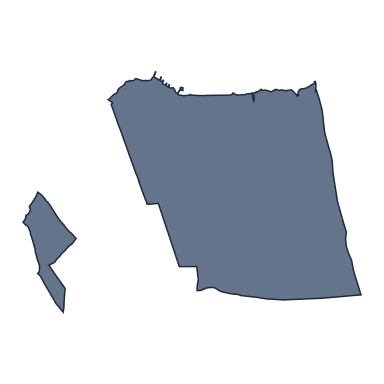 Aana Alofi III, Aiga-i-le-Tai, Samoa
{"feature_id": "51752279B31519013517302", "entity_name": "Aana Alofi III", "entity_type": "district", "adm_level": 2, "iso_a3": "WSM", "parent_name": "Samoa", "parent_adm1": "Aiga-i-le-Tai", "projection": "equal_earth", "projection_center": [-172.012, -13.853], "detail": "fine", "context": "isolated", "style": "filled", "palette": "slate", "viewbox_px": 384, "rotation_deg": 0, "n_neighbors": 0, "source": "geoboundaries", "source_scale": "gbopen_adm2", "svg_char_len": 3549}
<svg xmlns="http://www.w3.org/2000/svg" viewBox="0 0 384 384"><path d="M315.3,81.5L314.4,81.7L314.4,82.7L313.9,83.6L311.5,84.8L309.6,86.3L307.9,87.0L306.3,88.1L300.7,89.1L299.8,89.4L298.2,91.8L298.1,94.5L298.5,95.2L297.0,96.0L296.7,94.7L293.9,92.3L293.1,91.2L292.4,90.5L290.6,89.9L286.8,90.5L285.2,90.7L283.0,90.1L280.8,89.9L279.4,90.4L278.0,90.2L277.5,89.6L276.8,89.6L275.2,89.4L274.7,90.3L273.8,90.1L272.3,91.5L271.0,91.7L265.6,90.1L264.2,90.2L262.1,90.4L261.2,89.3L259.9,90.0L258.7,91.4L257.1,91.7L256.1,92.7L255.8,92.1L254.4,93.1L252.3,93.0L252.7,94.6L253.9,95.6L254.2,99.3L253.8,101.0L253.2,99.9L253.3,98.7L252.8,97.6L252.9,96.2L252.1,94.1L251.6,93.3L249.6,93.9L248.8,93.7L246.3,94.1L243.8,94.9L242.3,94.5L241.6,95.0L238.3,95.0L235.9,94.7L234.4,93.9L233.4,93.0L232.6,93.2L232.1,94.4L230.7,95.0L227.2,95.2L223.3,95.1L221.0,95.3L216.4,95.2L210.0,95.4L207.7,95.3L206.0,95.5L201.4,95.6L196.7,95.5L194.3,95.2L191.6,95.3L190.2,94.5L189.4,95.1L186.2,95.5L183.5,95.7L180.8,95.1L179.2,95.3L177.7,93.7L179.8,90.5L180.8,89.9L182.8,90.6L183.0,87.9L181.6,87.4L180.5,87.5L180.1,89.0L178.0,92.7L177.2,93.2L175.8,92.6L174.8,90.0L173.2,87.7L170.7,88.1L169.4,87.5L168.9,86.8L169.5,84.9L169.1,84.7L168.4,87.1L167.4,86.7L166.3,85.3L166.7,83.5L166.4,83.3L165.8,84.9L164.0,84.5L162.7,83.6L162.7,82.0L163.5,80.5L163.1,80.2L162.3,81.6L161.3,81.4L160.4,80.6L160.4,79.9L161.3,77.3L160.9,77.1L159.8,79.9L159.3,80.1L155.8,77.9L154.1,77.2L154.0,76.6L155.8,72.0L155.4,71.8L153.4,76.8L152.0,78.2L151.1,79.8L150.0,80.3L147.3,80.8L145.8,80.3L144.1,80.7L141.3,80.4L137.7,79.1L135.6,78.6L134.7,79.7L133.7,80.4L132.1,80.8L130.0,80.5L127.9,81.5L126.5,81.4L125.9,81.8L124.5,84.4L122.1,86.3L120.7,87.2L118.8,88.7L118.2,89.4L117.4,91.8L116.6,93.0L113.1,95.0L111.7,96.5L108.7,99.5L108.3,99.6L109.2,100.5L112.6,102.6L111.2,104.5L115.0,115.1L118.6,125.4L120.6,130.5L122.6,136.2L126.6,147.2L129.5,155.7L130.5,158.1L131.8,162.0L136.1,173.9L137.4,176.8L138.8,180.5L138.6,181.0L140.1,185.0L141.9,190.1L144.7,197.6L146.7,202.5L147.0,204.1L150.8,204.1L155.8,203.6L158.3,203.4L179.3,266.6L196.7,266.6L198.3,279.6L197.4,284.5L197.1,287.1L197.1,290.7L200.9,290.3L206.5,288.0L208.9,287.6L211.9,287.5L213.6,287.6L215.3,288.1L218.0,289.8L219.7,291.0L223.2,292.1L227.6,293.0L229.6,293.5L234.9,294.3L236.6,294.3L239.0,294.8L241.3,295.6L255.1,297.1L258.7,297.6L266.6,298.9L283.9,299.9L320.7,298.3L341.0,296.6L357.7,295.1L361.0,294.9L354.2,273.0L353.2,269.1L351.6,260.3L348.6,253.5L346.3,246.4L345.5,238.7L346.4,232.2L344.0,224.6L340.7,213.0L337.5,201.6L334.2,180.6L332.9,172.0L332.3,161.9L331.1,155.4L328.1,145.1L324.7,132.6L323.8,125.0L323.1,118.0L322.0,109.5L318.9,98.0L316.3,90.2L315.6,91.2L315.6,89.4L316.0,84.6L315.3,81.5ZM63.2,312.2L63.8,308.3L64.3,298.3L65.1,288.4L61.7,283.6L56.3,276.1L54.1,272.9L52.5,270.3L50.2,267.2L49.8,266.3L48.7,265.4L54.7,262.2L56.9,259.0L59.6,256.5L61.4,254.0L62.7,252.6L65.0,250.6L66.4,248.8L69.1,246.0L71.7,244.2L73.4,242.1L76.1,238.5L74.9,237.3L73.0,234.9L70.6,232.6L69.3,231.6L65.6,227.5L63.7,224.6L62.7,223.7L59.1,219.5L57.3,216.8L52.9,209.7L52.0,208.7L51.1,206.7L48.5,203.1L46.4,201.0L45.1,199.1L44.1,198.0L41.9,195.2L37.8,192.1L35.7,196.9L33.0,201.4L30.3,205.2L29.3,206.5L30.3,209.4L30.0,210.8L29.3,212.5L27.8,214.4L26.1,215.2L25.7,216.3L25.6,218.4L24.1,220.9L23.0,222.1L25.3,224.6L26.0,225.2L27.8,226.2L30.4,232.2L30.4,233.8L32.3,239.3L35.2,249.7L35.4,252.3L37.2,258.8L39.6,266.1L39.3,271.6L38.1,273.0L37.7,273.6L40.3,276.0L45.1,284.9L48.6,290.7L52.1,296.8L53.9,299.7L55.3,302.6L56.8,304.5L63.2,312.2Z" fill="#64748b" stroke="#1e293b" stroke-width="1.5"/></svg>